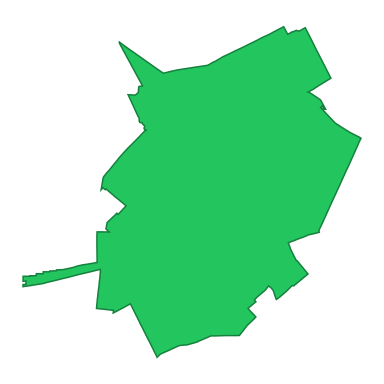 the district of Banloc, Timis, Romania
{"feature_id": "2599482B62970026017365", "entity_name": "Banloc", "entity_type": "district", "adm_level": 2, "iso_a3": "ROU", "parent_name": "Romania", "parent_adm1": "Timis", "projection": "orthographic", "projection_center": [21.113, 45.364], "detail": "fine", "context": "isolated", "style": "filled", "palette": "green", "viewbox_px": 384, "rotation_deg": 0, "n_neighbors": 0, "source": "geoboundaries", "source_scale": "gbopen_adm2", "svg_char_len": 5042}
<svg xmlns="http://www.w3.org/2000/svg" viewBox="0 0 384 384"><path d="M354.1,153.5L356.3,148.5L357.6,145.7L358.8,142.8L361.0,138.2L359.3,137.4L359.4,137.2L349.5,132.2L349.1,131.9L347.5,130.8L346.7,130.4L344.0,128.7L341.9,127.4L340.5,126.5L337.9,124.7L337.7,124.7L337.3,124.5L337.0,124.3L336.2,123.6L335.8,123.4L335.6,123.4L330.8,118.4L327.0,114.4L326.6,114.1L326.3,113.6L320.5,107.4L320.7,107.2L321.1,107.1L321.3,107.0L321.6,106.8L321.8,106.7L321.9,106.4L322.0,106.2L322.0,105.9L322.2,105.6L322.7,105.7L323.0,106.0L323.2,106.6L323.2,107.0L323.2,107.4L323.2,107.8L323.2,108.0L323.3,108.1L323.4,108.4L323.5,108.7L323.7,108.9L324.0,109.0L324.6,109.2L325.2,109.3L325.7,109.3L324.8,107.7L320.8,100.4L320.4,99.8L312.6,94.5L309.3,92.4L308.1,92.0L313.6,89.1L314.9,88.2L318.2,86.0L318.8,85.6L322.4,83.4L330.9,78.2L326.1,68.8L324.2,65.0L320.1,57.0L316.4,49.8L315.8,48.6L311.5,39.9L310.1,37.1L307.7,32.6L307.3,31.7L305.2,27.7L302.9,29.0L299.1,31.2L296.5,30.4L296.2,30.4L292.5,32.0L292.2,31.8L289.8,33.2L287.7,34.3L283.7,26.7L273.3,32.1L271.0,33.4L268.7,34.6L268.4,34.7L268.0,34.9L266.3,35.7L264.4,36.5L260.8,38.2L260.6,38.3L256.6,40.5L249.0,44.2L242.4,47.5L236.4,50.3L235.8,50.5L231.1,52.9L226.7,55.0L223.4,56.5L222.8,56.8L219.5,58.8L214.1,62.0L213.6,61.9L207.9,65.2L204.5,65.8L203.1,66.0L194.9,67.2L185.3,68.7L176.9,70.0L170.3,71.5L169.9,71.6L163.3,73.2L160.7,71.4L156.6,68.6L150.1,64.0L137.7,55.2L129.3,49.3L125.8,46.8L122.6,44.5L119.3,42.0L119.2,42.4L119.3,42.8L119.8,44.0L121.9,47.8L122.9,49.7L123.4,50.7L124.2,52.1L125.8,55.0L126.7,56.8L128.4,59.8L129.7,62.2L130.5,63.6L131.6,65.8L133.7,69.6L135.5,73.0L137.5,76.6L139.7,80.7L142.5,85.9L142.4,86.0L139.1,86.4L138.7,86.9L138.3,92.4L137.0,93.7L135.2,95.1L134.4,95.1L132.9,95.0L128.1,94.7L129.7,98.2L131.3,101.6L132.6,104.5L133.8,107.0L134.8,109.3L136.3,112.6L137.3,114.8L137.6,115.3L138.0,116.4L138.1,116.5L138.4,116.8L138.7,117.2L138.9,117.6L139.1,118.1L139.1,118.4L139.1,119.3L139.2,120.7L139.2,121.0L139.4,121.6L139.5,121.9L139.7,122.2L140.1,122.6L142.0,122.7L142.9,124.4L143.5,124.9L144.6,125.9L144.5,126.9L144.3,127.4L144.1,128.1L144.1,128.7L144.3,129.1L144.5,129.4L144.7,129.6L144.9,129.5L145.5,129.5L145.9,129.6L146.1,130.2L145.8,130.3L144.9,130.8L144.2,131.5L141.6,134.2L140.4,135.5L139.1,136.9L137.7,138.3L136.1,139.9L134.7,141.3L132.4,143.6L131.0,145.1L128.5,147.5L126.1,150.0L120.9,155.8L119.1,157.8L116.6,161.0L114.5,163.5L112.2,166.4L109.8,169.4L108.7,170.7L107.8,171.7L106.5,173.0L105.4,174.5L103.9,176.4L103.7,176.8L103.3,177.3L102.9,179.3L102.5,181.6L101.9,185.4L101.1,189.8L103.0,187.8L105.2,189.7L106.0,188.9L108.4,191.0L110.1,192.5L112.3,194.3L114.7,196.5L117.1,198.4L125.6,205.4L126.1,205.8L123.4,208.7L123.3,208.8L123.2,208.9L123.0,209.0L122.8,209.2L122.7,209.4L122.6,209.7L121.5,210.8L121.1,211.3L120.8,211.5L120.7,211.6L120.4,212.0L120.2,212.3L119.8,212.6L118.8,213.6L118.1,214.4L116.8,213.2L114.3,215.8L113.6,216.4L110.1,219.7L107.2,222.4L105.9,228.9L109.2,232.0L108.1,232.0L103.6,231.9L99.4,231.9L98.7,231.9L98.0,231.8L97.1,231.8L97.0,232.5L96.9,236.4L96.9,244.0L97.1,262.5L94.6,262.9L88.9,263.9L85.9,264.4L82.9,264.8L76.3,266.3L74.7,267.0L70.6,268.0L63.2,269.6L56.5,269.9L56.5,270.8L49.7,271.0L49.7,271.8L43.2,271.8L43.1,273.7L36.3,273.7L36.2,275.7L29.6,275.8L29.6,276.3L23.1,276.3L23.1,281.4L25.9,281.0L26.0,284.3L23.0,284.6L23.0,286.7L24.0,286.5L27.8,286.0L31.6,285.4L35.3,284.8L39.0,284.2L42.5,283.7L47.9,282.2L52.6,281.1L57.5,279.9L61.8,278.8L66.1,277.8L70.0,276.9L70.4,276.7L73.8,275.8L78.9,274.5L83.1,273.5L87.3,272.5L91.7,271.5L95.9,270.4L100.3,269.4L100.4,271.0L100.4,271.7L99.8,277.9L99.3,282.2L98.9,286.6L98.3,290.9L97.8,295.2L97.3,299.7L96.9,304.0L96.5,308.5L100.3,308.9L103.6,309.2L106.8,309.6L110.1,310.0L113.5,310.3L113.2,313.0L117.1,311.0L121.0,308.9L124.8,306.9L130.4,303.8L132.1,307.2L133.8,310.6L135.4,313.9L137.2,317.4L138.9,320.9L140.5,324.3L142.3,327.7L144.3,331.7L146.3,335.7L148.2,339.5L149.6,342.1L150.3,343.5L152.4,347.7L154.6,352.2L157.0,357.0L157.1,357.3L160.3,354.2L164.4,352.3L167.5,351.0L171.5,349.1L175.6,347.2L179.6,345.5L182.8,345.2L187.2,344.9L188.4,344.5L192.4,343.4L196.7,342.2L198.9,341.1L202.9,339.4L203.0,339.3L207.0,337.7L208.9,336.8L211.0,335.9L216.3,335.9L218.7,335.8L225.4,335.6L230.1,335.6L234.6,335.6L239.3,335.5L239.5,335.4L242.2,331.9L245.1,328.2L247.8,324.7L248.0,324.7L248.5,324.2L251.2,321.7L253.5,319.5L255.9,317.0L253.1,313.9L251.0,311.8L248.0,308.4L251.9,305.1L252.4,304.7L255.9,301.8L254.4,299.9L256.7,297.5L260.5,294.2L265.2,290.3L268.6,285.9L271.4,288.2L273.3,290.7L276.1,299.2L276.4,299.5L279.8,297.0L286.7,291.0L292.1,285.6L293.7,285.9L305.1,276.4L308.0,274.0L302.7,267.5L300.2,264.5L297.0,260.6L296.6,260.6L296.3,260.5L296.0,259.9L292.6,253.2L290.5,249.0L290.4,248.8L290.5,248.7L288.3,242.8L299.7,238.4L304.1,236.8L309.3,234.6L310.3,234.5L311.8,234.2L319.3,232.3L318.9,230.8L318.9,230.4L320.6,226.9L322.1,223.7L324.2,219.1L325.6,216.0L327.9,210.9L330.0,206.2L332.1,201.6L333.9,197.7L335.5,194.3L341.4,181.4L345.2,172.9L348.3,166.3L348.9,165.1L354.1,153.5Z" fill="#22c55e" stroke="#15803d" stroke-width="1.5"/></svg>